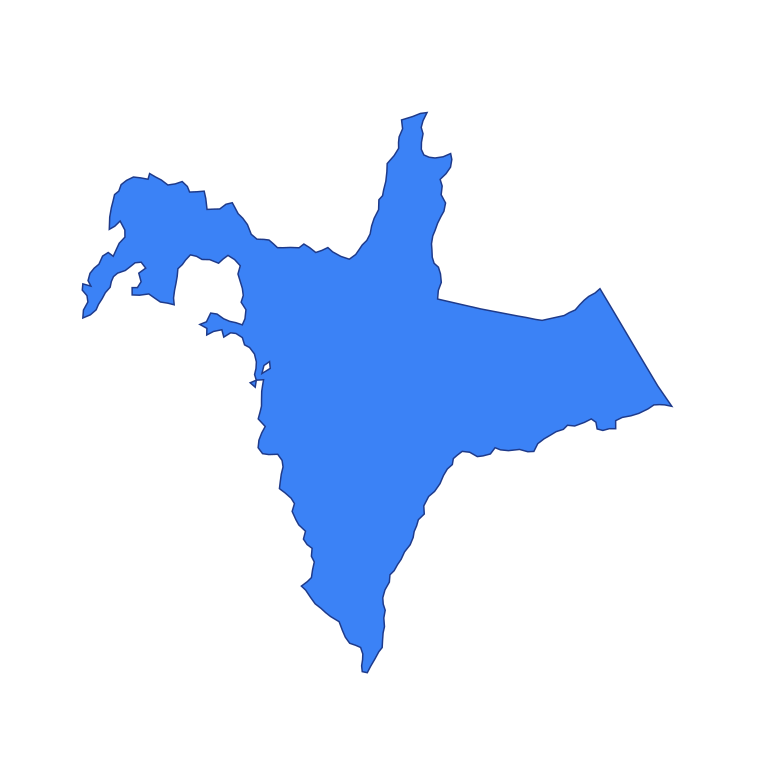 Ituporanga, Santa Catarina, Brazil (Mercator projection), rotated 163°
{"feature_id": "56859067B65605113855989", "entity_name": "Ituporanga", "entity_type": "district", "adm_level": 2, "iso_a3": "BRA", "parent_name": "Brazil", "parent_adm1": "Santa Catarina", "projection": "mercator", "projection_center": [-49.512, -27.444], "detail": "fine", "context": "isolated", "style": "filled", "palette": "blue", "viewbox_px": 768, "rotation_deg": 163, "n_neighbors": 0, "source": "geoboundaries", "source_scale": "gbopen_adm2", "svg_char_len": 4229}
<svg xmlns="http://www.w3.org/2000/svg" viewBox="0 0 768 768"><g transform="rotate(163 384 384)"><path d="M115.3,278.5L122.8,302.2L132.3,340.9L142.6,383.5L149.6,412.0L155.6,409.3L162.6,407.9L168.1,405.6L173.6,402.6L179.5,398.9L185.9,398.1L191.7,396.8L214.2,398.6L220.1,401.4L228.5,406.0L236.4,410.0L269.9,427.7L307.9,449.6L304.7,457.6L299.5,464.4L297.8,472.8L297.8,479.8L300.8,484.8L300.8,491.1L298.9,498.5L297.6,504.2L294.1,511.3L290.3,515.9L285.7,522.1L280.5,527.6L276.2,531.7L272.2,539.1L274.0,548.3L270.5,556.3L270.5,563.3L263.2,567.0L257.0,571.9L253.5,578.9L252.9,584.9L261.0,584.0L269.1,585.2L274.6,587.7L278.9,591.4L279.7,597.5L277.5,604.2L273.5,611.9L273.4,618.5L269.7,624.4L263.5,631.0L270.1,632.1L278.4,631.4L290.0,631.4L291.6,622.6L297.3,615.9L299.5,610.7L301.1,605.1L307.6,599.4L316.5,593.9L319.2,586.1L323.0,577.3L327.6,569.7L330.3,564.5L335.0,561.7L338.2,552.3L345.0,545.3L349.6,538.8L353.4,531.5L358.5,526.3L364.2,523.3L368.5,519.8L373.2,516.1L380.7,513.5L387.9,518.6L394.5,525.4L397.8,530.9L404.5,529.9L410.8,529.7L415.2,536.1L419.7,541.3L425.4,539.1L433.4,541.9L440.6,543.8L446.0,545.5L448.8,550.4L451.9,555.3L456.6,557.4L463.1,559.6L467.2,566.0L468.0,576.4L470.6,583.8L473.7,589.5L475.0,596.3L476.1,601.7L482.6,602.1L489.9,599.4L495.3,600.9L502.2,602.7L500.2,613.6L499.6,621.0L507.0,622.6L513.8,624.4L514.3,630.4L517.8,636.6L525.1,636.4L532.5,637.5L537.3,644.2L542.0,648.8L546.6,653.8L549.8,648.8L556.3,652.2L563.1,655.2L570.7,654.0L577.1,651.5L581.2,646.0L586.3,643.9L589.6,638.2L593.2,632.3L597.5,623.8L601.5,612.2L595.3,613.6L588.7,617.0L586.8,607.0L588.8,600.2L596.1,596.0L600.5,591.1L605.6,585.3L609.3,590.4L615.7,588.6L621.6,581.9L627.3,579.5L632.8,575.8L636.8,569.4L635.7,563.3L642.7,567.8L645.1,562.0L642.2,555.3L643.2,549.0L649.8,542.6L652.7,535.2L644.6,536.0L637.6,539.1L633.8,543.6L628.6,548.0L623.8,552.8L617.6,556.6L614.8,561.7L611.3,565.8L606.4,567.9L598.2,568.2L591.6,570.7L586.6,572.7L580.6,571.5L578.0,564.5L586.1,561.7L586.4,552.8L591.6,548.3L596.7,549.8L598.8,542.8L591.8,540.4L582.6,538.9L577.8,532.7L573.9,527.8L567.1,524.5L561.5,521.1L560.1,527.8L556.9,534.8L553.6,540.9L550.3,547.4L547.4,554.5L541.9,557.2L537.6,560.5L531.4,564.1L525.9,560.9L521.6,556.3L514.3,553.9L506.9,547.9L501.0,550.7L495.6,552.6L490.5,546.7L486.9,539.1L491.5,531.9L491.5,524.1L491.5,516.9L492.7,509.8L496.7,504.0L494.3,495.4L497.9,487.0L502.2,482.0L507.8,486.0L513.2,489.0L518.3,493.3L523.2,499.7L529.0,502.5L535.6,495.4L542.7,494.8L537.1,489.0L539.2,482.7L531.6,484.1L523.2,483.3L523.5,475.7L515.7,477.8L510.8,475.6L505.9,469.8L505.9,462.2L501.9,458.2L499.1,450.6L499.6,442.4L501.9,436.2L505.0,430.9L505.0,425.0L497.9,423.3L500.5,418.2L503.1,412.7L505.7,404.8L507.6,398.7L510.3,394.1L514.5,387.4L510.0,378.1L515.2,373.0L520.0,366.9L523.0,359.9L520.5,352.9L514.8,350.2L506.2,347.9L503.8,340.7L504.8,334.2L508.6,327.8L511.9,320.6L514.6,314.5L510.5,308.9L506.2,301.9L504.6,295.8L509.1,289.0L507.9,279.9L506.7,274.2L502.1,266.2L506.4,259.2L504.5,253.0L500.8,247.9L503.8,240.5L502.7,234.2L506.7,227.1L510.0,220.1L515.2,217.4L522.1,214.9L519.2,209.8L516.5,201.0L514.1,193.9L510.0,188.1L506.7,182.5L503.2,177.4L496.4,169.8L495.8,160.3L495.0,153.1L492.6,146.1L487.5,142.4L483.4,138.9L483.2,132.0L485.1,126.6L487.8,121.0L488.9,115.3L484.4,112.8L479.4,117.9L473.1,123.7L467.2,129.5L462.8,132.5L460.2,139.6L457.6,146.3L454.5,151.8L452.6,160.3L449.0,167.3L449.1,173.7L447.7,179.9L443.3,186.8L436.8,193.0L434.1,199.8L428.9,202.5L423.9,207.3L418.9,211.3L413.5,217.4L406.0,222.6L401.0,228.7L398.3,234.1L394.3,238.8L390.8,244.2L383.5,247.9L381.6,255.8L374.2,263.4L367.0,266.5L359.6,272.3L353.9,279.1L348.3,284.2L342.2,287.0L339.5,292.4L334.6,294.6L328.9,296.7L322.0,293.7L316.0,287.3L310.3,286.3L302.7,286.0L296.4,290.6L291.9,287.0L284.5,283.9L273.5,281.8L266.3,277.2L260.4,275.7L254.4,282.0L246.9,284.8L240.4,286.3L233.3,288.1L225.7,288.2L220.6,290.9L213.9,288.1L203.5,288.7L196.0,290.0L192.5,285.5L193.3,278.7L188.3,275.6L181.6,275.4L175.5,273.5L173.2,281.2L165.9,282.4L157.2,281.4L148.9,281.4L138.8,283.0L132.0,285.1L126.7,283.8L121.7,282.0L115.3,278.5ZM493.4,436.8L486.9,438.9L488.2,432.2L497.7,429.7L493.4,436.8ZM505.0,425.0L511.6,424.3L508.1,418.6L505.0,425.0Z" fill="#3b82f6" stroke="#1e3a8a" stroke-width="1.5"/></g></svg>